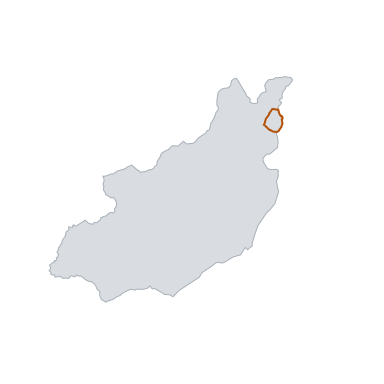 Erdenecagaan, Sühbaatar, Mongolia shown in context, rotated 307°
{"feature_id": "93677404B19681848213060", "entity_name": "Erdenecagaan", "entity_type": "district", "adm_level": 2, "iso_a3": "MNG", "parent_name": "Mongolia", "parent_adm1": "Sühbaatar", "projection": "orthographic", "projection_center": [115.133, 46.001], "detail": "fine", "context": "in_parent", "style": "outline", "palette": "amber", "viewbox_px": 384, "rotation_deg": 307, "n_neighbors": 0, "source": "geoboundaries", "source_scale": "gbopen_adm2", "svg_char_len": 4905}
<svg xmlns="http://www.w3.org/2000/svg" viewBox="0 0 384 384"><g transform="rotate(307 192 192)"><path d="M43.3,125.1L44.4,125.5L46.4,124.8L47.2,123.1L48.0,122.4L51.9,123.2L53.4,124.4L54.1,123.4L54.4,123.3L55.0,124.6L56.0,124.5L56.8,124.3L57.8,123.1L59.0,123.8L61.7,123.1L62.5,120.5L63.6,120.2L65.8,120.3L66.4,119.2L66.9,119.0L68.5,119.2L71.5,118.7L72.7,119.0L74.0,118.1L76.7,117.3L80.3,117.6L80.8,117.0L84.6,115.5L88.0,116.5L89.5,114.6L90.1,114.6L91.6,117.8L92.7,117.7L93.3,116.9L94.7,117.3L94.8,119.2L95.3,120.1L105.1,123.6L105.2,124.3L104.6,128.6L106.0,130.9L106.1,132.0L109.0,132.4L110.2,134.4L112.6,134.9L113.7,135.7L116.5,134.8L117.0,135.0L117.6,135.9L118.9,135.6L120.8,137.6L122.5,137.7L123.2,138.5L124.3,138.3L126.7,139.3L128.2,141.9L129.6,142.1L131.5,141.0L132.2,140.1L134.7,140.2L136.3,139.5L137.4,138.8L139.4,135.9L140.4,132.7L139.4,131.9L138.6,130.6L138.4,128.7L138.6,127.4L137.9,125.3L138.2,124.4L139.3,122.9L140.2,120.4L141.4,119.1L143.1,118.7L143.5,117.7L145.0,115.9L147.8,115.3L149.7,113.4L151.0,111.3L151.9,112.7L154.8,114.9L157.4,116.2L158.8,118.2L163.5,119.6L170.8,124.9L172.5,125.0L177.0,127.5L177.3,128.1L176.7,131.1L177.0,131.9L176.6,135.2L177.2,136.9L176.6,138.8L177.0,139.4L178.1,139.9L179.7,142.2L183.9,144.3L185.0,145.8L187.8,147.1L189.5,146.8L192.0,147.5L192.9,147.4L194.8,146.1L195.9,145.8L201.8,145.3L203.5,144.5L204.6,144.4L209.0,146.0L212.0,147.8L216.6,148.2L218.5,150.1L219.2,151.8L220.9,153.4L227.2,154.6L227.5,155.0L227.0,158.3L227.2,158.9L231.1,163.0L232.9,164.3L238.9,164.5L247.8,167.6L250.1,167.0L251.9,168.3L252.7,168.2L258.8,165.5L259.7,165.7L265.9,164.8L269.9,163.3L272.9,163.5L275.3,162.3L276.4,159.6L280.3,156.7L287.2,152.9L291.3,153.5L293.8,154.9L296.3,157.6L297.8,158.4L300.5,158.6L304.4,156.7L306.5,157.1L308.4,157.9L309.6,159.3L303.7,173.8L303.6,174.6L301.6,177.7L301.4,182.5L298.8,184.2L299.2,186.9L299.7,188.0L302.5,190.7L303.5,190.3L304.3,189.2L305.8,188.1L308.6,188.4L311.0,187.9L314.0,188.7L316.9,190.9L320.8,185.9L324.5,185.2L327.9,185.7L330.7,188.9L333.9,190.2L334.8,192.1L336.1,192.8L336.5,193.7L340.5,197.3L341.4,199.7L342.6,201.4L342.7,203.2L342.5,204.2L340.9,205.2L335.4,205.0L332.2,203.4L331.0,204.5L326.8,204.3L324.5,205.1L322.9,205.9L322.0,207.1L321.3,207.4L320.5,207.4L319.3,206.4L318.2,206.5L317.9,206.7L317.2,209.8L313.6,209.9L312.4,209.5L309.4,211.0L309.0,212.2L307.4,213.9L306.0,217.0L306.3,218.3L305.9,219.1L303.2,220.8L300.6,223.3L295.3,224.3L292.8,224.5L290.9,223.9L289.1,224.3L287.6,227.0L284.1,230.4L278.9,233.6L269.8,231.4L268.7,230.8L266.9,228.7L261.6,228.4L260.0,229.7L258.6,231.8L256.0,238.4L257.9,242.3L260.3,244.9L261.2,246.7L261.2,248.2L259.4,248.8L256.9,251.2L251.1,253.2L244.2,261.1L232.5,265.2L225.5,265.0L220.0,264.1L204.8,264.9L194.6,268.1L187.0,271.0L185.2,272.5L184.5,272.7L183.2,271.9L179.4,271.1L179.8,268.0L171.1,268.6L164.8,263.9L155.4,260.2L153.6,259.0L150.9,254.4L149.3,253.5L145.1,252.6L133.9,248.6L128.2,249.1L105.6,240.9L97.0,239.9L96.7,239.4L96.8,236.7L93.8,231.8L93.5,230.6L93.6,229.1L92.4,220.2L90.7,218.4L91.8,215.1L88.8,214.6L85.8,212.4L83.0,209.1L81.8,206.9L79.6,205.8L77.5,201.8L76.3,200.8L69.7,197.5L66.1,196.8L62.6,194.9L58.4,193.4L57.2,192.3L56.0,192.0L53.9,189.9L52.2,189.6L51.6,184.4L53.0,181.7L54.3,180.2L57.0,178.3L57.2,177.3L57.2,174.7L59.5,171.0L59.9,168.3L59.8,165.1L58.6,163.9L57.8,159.3L58.2,156.1L58.0,153.7L56.4,151.8L56.3,149.7L55.8,149.4L55.1,149.8L53.9,149.7L53.0,148.1L52.8,146.5L52.2,145.9L50.9,145.5L49.5,145.7L48.3,145.0L47.5,143.4L45.2,140.5L45.6,139.1L45.5,138.1L44.7,137.5L44.1,136.2L41.7,134.0L41.8,133.3L43.1,132.2L41.6,130.3L41.3,128.8L43.0,127.6L42.9,126.3L43.3,125.1Z" fill="#d9dde1" stroke="#a8b0b8" stroke-width="1"/><path d="M288.7,217.6L288.7,217.8L288.7,218.0L288.7,218.3L288.8,218.3L289.1,220.5L289.7,221.6L290.9,223.4L290.9,223.6L291.0,223.7L291.3,223.8L291.7,223.9L292.2,224.2L292.7,224.4L293.1,224.5L293.4,224.5L293.5,224.5L293.6,224.4L293.7,224.5L293.8,224.5L294.5,224.3L295.3,224.2L295.8,224.3L296.1,224.3L297.0,224.3L297.3,224.3L298.0,224.1L298.7,223.9L299.4,223.6L300.2,223.4L300.7,223.3L301.1,223.0L301.3,222.7L301.8,222.3L302.1,222.0L302.5,221.5L302.9,221.0L303.2,220.8L303.9,220.4L304.1,220.3L304.1,220.0L304.6,220.0L304.8,220.1L305.1,220.1L305.4,220.0L305.6,219.9L305.8,219.7L306.0,219.4L306.0,219.1L306.3,218.9L306.5,218.7L306.6,218.2L306.6,217.9L306.7,217.7L306.5,217.4L306.4,217.3L306.2,217.2L306.4,216.8L306.4,216.5L306.5,215.9L306.6,215.6L307.0,214.9L307.3,214.4L307.7,213.8L307.9,213.5L307.9,213.4L308.0,213.3L308.4,213.0L308.6,212.6L309.0,212.1L309.5,211.6L309.6,211.0L309.3,211.0L308.7,209.9L307.6,207.8L306.7,206.2L304.3,206.3L303.3,206.3L302.2,206.4L301.1,206.3L300.8,206.6L300.0,207.0L298.4,206.9L296.2,207.0L295.3,206.9L294.6,207.1L293.1,207.6L291.3,208.4L290.0,208.7L288.9,209.0L289.0,210.1L288.7,212.1L288.5,214.2L288.2,216.6L288.5,216.8L288.5,217.0L288.6,217.3L288.7,217.5L288.7,217.6Z" fill="none" stroke="#b45309" stroke-width="2"/></g></svg>